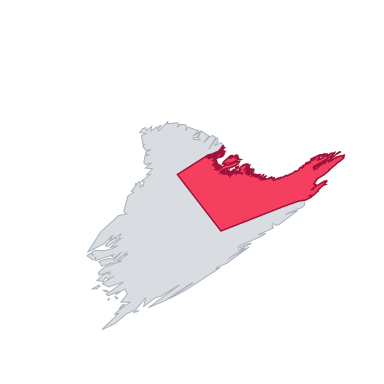 Qaasuitsup Kommunia on a map of Greenland (Natural Earth projection), rotated 148°
{"feature_id": "GRL-2743", "entity_name": "Qaasuitsup Kommunia", "entity_type": "state/province", "adm_level": 1, "iso_a3": "GRL", "parent_name": "Greenland", "parent_adm1": "", "projection": "natural_earth1", "projection_center": [-56.716, 74.362], "detail": "fine", "context": "in_parent", "style": "filled", "palette": "rose", "viewbox_px": 384, "rotation_deg": 148, "n_neighbors": 0, "source": "natural_earth", "source_scale": "10m", "svg_char_len": 9724}
<svg xmlns="http://www.w3.org/2000/svg" viewBox="0 0 384 384"><g transform="rotate(148 192 192)"><path d="M248.5,112.1L268.5,113.6L240.0,114.5L240.0,115.0L271.9,114.1L290.2,117.0L251.8,119.9L274.4,120.2L279.2,121.8L293.7,120.5L286.9,127.0L301.6,122.1L312.6,123.5L326.8,121.2L341.3,123.0L318.2,128.1L322.5,129.0L320.3,130.0L303.0,131.4L310.7,136.4L301.2,139.6L300.2,145.5L311.5,145.4L305.7,146.0L317.7,148.3L319.0,150.5L297.8,152.0L312.9,155.6L316.6,161.8L302.7,162.2L309.3,162.5L310.8,165.4L314.6,163.1L319.6,167.3L310.4,168.9L305.8,168.0L306.4,166.4L305.1,165.8L303.8,167.7L314.9,170.7L314.2,173.2L305.5,174.6L287.9,170.6L292.3,172.7L279.3,173.4L283.5,174.7L278.3,175.4L295.9,173.6L307.8,176.9L307.9,182.4L297.8,179.8L293.9,176.1L283.7,178.3L293.2,177.1L294.4,179.8L291.9,180.5L310.4,185.0L308.2,187.5L311.9,186.8L314.9,193.5L310.3,193.9L309.4,191.1L308.7,194.1L305.2,194.0L297.3,188.6L289.6,186.2L283.1,185.8L291.3,188.3L277.0,190.2L279.5,191.3L274.1,194.0L288.1,194.4L282.6,197.0L284.0,197.2L293.5,194.7L311.9,196.4L290.8,206.5L266.9,210.9L259.0,208.2L260.4,211.4L248.4,222.6L241.5,222.6L243.1,224.8L231.7,228.8L230.2,227.9L233.7,223.6L228.7,223.0L231.1,223.9L227.0,225.7L229.0,227.9L218.0,229.0L221.5,230.6L213.2,232.8L218.8,236.9L210.9,238.3L216.6,239.5L217.3,242.5L212.9,247.4L208.3,246.3L211.6,248.1L210.2,249.9L204.2,250.0L208.9,251.1L209.6,256.5L206.9,257.5L208.5,257.8L205.0,266.5L199.8,266.0L204.8,270.1L200.3,271.9L197.2,271.1L198.2,268.4L191.4,269.0L194.8,265.5L187.2,265.8L188.0,261.3L174.6,264.7L176.9,263.0L167.8,258.5L167.2,256.2L170.3,254.8L165.7,255.4L161.5,251.8L164.4,247.6L161.0,249.2L154.0,240.4L161.3,238.9L153.1,239.0L158.8,235.5L162.7,237.2L162.0,235.3L157.1,231.6L158.5,234.6L151.8,238.9L148.1,230.7L156.2,227.4L148.0,229.7L144.3,228.8L143.1,225.4L155.1,219.4L141.9,224.7L142.9,221.1L148.6,219.4L141.3,218.6L140.6,215.5L147.7,213.1L158.3,214.7L148.7,212.5L141.0,214.6L144.1,209.9L152.7,211.0L155.0,208.6L142.8,209.2L144.7,207.0L155.2,207.1L156.9,205.7L154.5,206.1L155.3,203.3L159.6,203.0L155.3,202.7L159.2,197.0L148.7,196.7L136.2,192.3L157.1,194.4L151.0,190.1L155.1,190.1L143.7,188.0L150.8,185.4L142.0,186.1L143.5,184.6L140.7,180.7L139.2,181.0L141.8,184.0L139.2,187.0L130.4,186.3L134.4,180.8L130.5,182.0L132.0,180.8L130.3,180.1L134.9,177.3L129.9,176.3L131.9,174.2L127.6,172.6L129.0,171.2L127.0,168.8L121.7,168.8L126.8,166.1L114.9,160.6L116.5,159.6L115.2,158.4L90.9,154.1L65.0,155.8L59.3,153.8L66.4,152.2L51.3,149.5L76.3,146.7L60.7,147.0L43.9,142.4L50.2,139.8L79.4,136.4L88.0,130.9L73.4,129.9L86.8,125.7L101.7,125.0L103.0,121.5L106.7,120.6L124.9,123.7L112.3,120.3L134.7,118.3L138.8,119.3L139.5,122.1L141.9,120.9L141.9,118.4L158.5,120.6L151.4,117.7L155.9,117.6L181.6,121.4L182.9,117.6L176.8,116.2L196.5,116.2L172.4,115.1L200.6,113.2L211.3,114.9L212.1,114.1L208.0,113.0L248.5,112.1ZM137.1,194.9L150.7,199.9L140.6,202.4L134.2,199.2L137.4,197.6L134.6,196.2L137.1,194.9ZM293.1,190.7L293.7,192.6L289.6,194.0L279.7,193.7L281.3,190.8L293.1,190.7ZM180.7,119.7L171.5,118.3L168.5,117.0L180.1,117.6L180.7,119.7ZM316.1,131.3L311.0,133.1L308.4,132.4L316.1,131.3ZM324.0,160.3L327.9,162.7L320.1,162.5L319.8,160.9L324.0,160.3ZM319.7,156.1L316.3,153.6L315.8,151.9L317.6,152.2L319.7,156.1ZM132.4,177.5L130.5,179.4L127.1,178.3L132.4,177.5ZM305.7,121.0L304.0,121.1L300.5,119.7L301.8,119.5L305.7,121.0ZM157.3,198.2L154.3,200.3L153.6,198.2L157.3,198.2ZM312.7,141.0L312.8,144.0L311.0,141.5L312.7,141.0ZM50.2,147.4L47.1,147.9L44.8,147.5L50.2,147.4ZM141.2,188.1L139.6,189.6L139.3,189.3L141.2,188.1ZM320.3,145.5L318.0,145.7L320.2,144.5L320.3,145.5ZM186.1,263.4L185.2,265.5L182.8,264.6L186.1,263.4ZM151.6,191.2L149.2,191.1L149.0,190.8L150.0,190.3L151.6,191.2ZM236.1,228.2L234.9,229.2L234.6,228.0L236.1,228.2Z" fill="#d9dde1" stroke="#a8b0b8" stroke-width="1"/><path d="M67.1,152.5L66.6,151.8L60.7,152.0L56.4,151.2L59.4,149.9L54.3,151.3L52.0,150.6L53.6,150.3L50.1,149.8L51.2,149.1L53.7,149.0L52.7,148.7L58.6,148.4L75.6,149.2L75.2,149.0L76.6,148.7L61.8,148.2L70.3,147.5L76.4,148.3L74.2,147.3L77.4,146.8L74.1,145.6L74.4,145.4L69.6,146.6L65.8,146.8L64.0,145.7L63.6,145.8L64.5,146.7L61.4,147.1L56.1,146.3L60.1,145.6L60.2,145.1L54.2,145.6L57.9,144.7L51.1,145.1L50.5,144.9L51.7,144.5L46.6,144.0L46.4,143.3L42.7,142.7L45.8,141.8L43.9,141.7L45.2,141.1L44.9,140.9L45.4,140.4L50.7,139.7L54.4,139.9L54.7,139.3L62.8,138.2L64.6,138.5L62.7,137.9L71.1,136.6L77.9,136.9L79.6,136.6L79.0,136.6L84.5,134.3L83.7,133.5L84.1,132.8L83.2,132.4L84.2,131.7L83.7,131.4L90.0,130.6L88.1,130.5L87.9,130.0L86.6,130.9L84.3,131.1L74.0,131.1L73.9,130.6L71.8,130.3L72.0,129.6L75.5,128.8L75.7,128.3L81.7,127.6L80.9,127.4L84.0,126.9L84.3,126.3L85.8,126.0L85.5,125.8L91.0,124.9L95.1,127.1L92.4,124.8L94.3,124.4L99.7,125.0L107.1,128.0L122.3,131.3L188.1,143.6L195.1,214.6L158.7,214.9L156.9,214.2L158.4,213.9L160.1,213.2L162.1,213.5L160.1,213.2L156.1,214.0L156.7,213.8L154.4,213.4L156.1,213.3L160.2,212.5L157.3,212.0L156.7,212.4L158.1,212.4L155.2,213.0L154.1,212.2L156.2,212.2L155.9,211.5L152.9,211.8L154.3,212.6L153.5,213.3L148.7,212.6L152.7,211.5L145.0,213.1L141.3,214.9L140.9,214.2L142.0,213.4L141.2,212.7L143.5,212.7L142.3,212.2L142.9,212.1L143.3,212.5L144.0,212.5L143.4,212.4L144.7,212.2L143.3,212.0L145.6,211.5L143.5,211.2L149.4,211.9L150.2,211.5L146.4,211.4L144.1,210.4L144.3,210.1L142.4,210.3L143.3,210.0L144.3,209.9L148.0,210.9L146.1,210.1L150.9,211.0L154.8,210.8L158.5,212.0L160.8,211.7L153.6,209.9L156.3,210.0L153.9,209.5L155.1,209.2L155.0,208.4L157.2,207.8L156.8,207.7L152.4,208.4L154.7,209.2L148.0,210.0L147.6,209.3L145.3,209.5L147.2,208.8L143.1,209.4L142.8,209.0L144.4,209.1L148.3,207.7L147.0,207.6L155.1,207.3L155.7,207.2L155.5,206.3L156.7,206.9L156.9,206.5L155.9,206.1L157.7,205.4L154.2,206.0L156.0,204.7L154.8,205.0L155.3,203.3L157.1,203.4L155.8,204.0L157.8,203.7L159.2,204.9L158.6,204.2L159.6,203.8L160.1,204.5L160.0,203.7L157.4,203.3L160.4,202.9L158.6,202.7L159.2,201.8L157.9,202.7L155.1,202.7L156.4,202.2L155.8,201.9L156.6,201.8L156.4,200.9L160.0,200.5L156.3,200.6L156.8,199.6L158.8,199.9L156.7,199.1L160.0,198.8L157.7,197.7L159.6,196.9L154.1,197.4L156.2,197.0L154.3,196.6L153.1,197.4L148.3,196.8L146.7,195.6L139.0,194.3L135.7,192.6L138.2,191.3L145.6,191.9L152.4,194.1L157.9,194.6L157.1,194.3L157.9,193.4L155.4,194.2L153.5,193.1L154.3,192.7L156.0,193.6L156.8,193.3L155.5,192.7L157.2,192.6L154.8,192.5L154.8,191.8L152.9,192.0L153.9,191.5L156.3,192.1L157.3,192.0L155.7,191.4L156.1,191.0L150.0,190.0L154.1,190.4L155.7,190.0L152.6,189.7L154.0,189.1L148.5,189.3L152.3,188.3L151.6,187.6L146.8,188.9L148.4,188.3L148.3,187.6L153.1,186.7L147.4,187.6L144.4,187.2L150.8,186.0L151.4,185.1L148.8,185.9L142.9,185.2L144.8,184.4L144.7,183.8L145.9,183.2L142.3,184.8L142.1,182.9L140.5,182.4L139.6,181.0L141.2,180.8L139.5,180.8L139.1,181.0L139.8,182.1L142.1,184.3L139.4,185.0L140.2,185.7L138.4,185.2L139.8,186.4L139.4,187.0L135.6,187.7L132.3,186.7L133.0,187.5L130.9,187.0L130.0,185.8L130.5,185.7L128.8,185.4L132.2,184.8L131.8,184.0L134.4,183.8L135.9,183.0L136.8,181.7L135.5,183.1L132.1,183.7L130.3,183.3L134.2,181.5L133.8,180.8L135.2,180.7L130.1,180.1L131.1,179.6L137.3,179.9L133.5,179.7L135.4,179.0L134.1,178.6L136.0,177.9L133.9,177.9L135.6,177.5L134.3,176.6L134.6,176.4L129.8,175.9L131.7,175.1L131.2,175.1L132.7,175.1L131.0,174.6L133.0,173.9L127.8,172.0L129.0,171.8L127.9,171.7L128.4,171.2L129.6,171.6L130.2,171.5L128.4,170.6L130.0,170.5L127.5,169.5L128.3,169.4L126.0,169.2L127.1,168.8L126.5,168.8L127.5,167.8L121.3,168.9L126.6,167.6L124.4,167.3L127.5,167.0L124.0,166.6L127.4,166.3L125.0,165.6L125.7,165.3L122.1,164.7L124.0,164.2L122.6,163.5L117.0,162.6L118.2,161.9L115.5,160.9L116.5,160.3L114.2,160.7L116.7,160.0L116.8,159.4L115.6,159.2L116.2,158.7L114.8,158.5L115.7,158.2L112.5,158.3L111.2,157.9L112.0,157.4L111.3,157.2L108.7,157.7L109.7,156.9L105.0,156.0L103.8,156.4L102.9,155.3L96.1,154.5L93.4,155.1L93.1,154.4L90.5,154.0L87.0,155.5L86.2,155.0L86.4,154.3L85.0,154.1L85.3,154.7L83.7,154.8L84.1,155.5L80.3,155.3L80.2,156.2L77.5,155.7L79.3,154.8L78.3,154.6L75.9,154.6L74.8,155.8L72.3,154.7L70.2,155.3L74.3,157.0L64.4,155.9L63.8,155.6L64.3,155.3L58.5,153.9L61.4,153.2L64.0,154.4L65.8,154.4L66.0,153.0L68.7,153.0L68.8,152.5L67.1,152.5ZM149.4,200.8L140.1,202.3L137.8,201.4L142.5,201.1L141.5,200.8L142.8,200.1L140.3,201.0L140.7,200.6L139.2,200.7L139.6,199.9L135.2,200.0L133.8,199.2L137.1,199.4L134.1,198.1L135.0,197.4L138.0,197.7L134.6,196.5L135.0,195.4L137.3,194.9L143.1,195.7L146.1,197.7L150.1,198.5L150.6,199.0L150.0,199.4L151.0,199.7L149.4,200.8ZM154.3,197.8L156.6,197.9L157.4,198.3L155.8,199.0L155.9,200.3L154.7,200.6L153.5,199.2L155.5,197.9L153.6,198.2L154.3,197.8ZM148.0,188.1L144.6,189.1L143.4,187.9L148.0,188.1ZM141.7,189.9L139.1,189.1L141.1,187.9L142.3,189.2L141.7,189.9ZM44.4,147.3L50.6,147.6L46.6,147.9L44.4,147.3ZM131.6,179.2L129.0,179.0L130.3,178.0L133.7,177.7L131.6,179.2ZM52.9,146.9L57.1,147.4L50.9,147.1L52.9,146.9ZM133.5,180.6L131.5,182.1L129.9,181.9L131.2,181.4L130.2,181.2L133.5,180.6ZM143.7,186.4L141.7,185.6L145.6,185.6L143.7,186.4ZM128.4,170.8L126.5,171.1L124.1,170.4L128.4,170.8ZM149.7,206.3L148.1,206.6L144.2,207.3L146.8,206.2L149.7,206.3ZM149.5,190.3L152.2,191.0L149.0,190.9L149.5,190.3ZM125.4,166.3L121.9,166.5L120.0,166.3L124.4,165.9L125.4,166.3ZM129.8,176.4L130.7,176.0L133.1,176.7L129.8,176.4ZM130.1,177.9L127.9,178.7L127.0,178.4L130.1,177.9ZM59.1,152.4L58.4,152.9L56.6,152.7L59.1,152.4ZM129.3,184.1L130.6,183.7L131.4,184.0L130.6,184.5L129.3,184.1ZM143.7,208.2L144.9,207.8L145.7,208.3L144.4,208.8L143.7,208.2ZM127.6,172.6L128.5,172.5L131.0,173.5L129.5,173.7L129.9,173.1L127.6,172.6ZM135.6,194.5L134.1,194.5L133.5,193.7L135.6,194.5ZM148.1,207.1L151.4,206.9L149.8,207.3L148.1,207.1ZM76.6,127.9L75.0,127.9L74.7,127.6L76.6,127.9ZM150.8,191.9L152.6,192.4L150.6,192.1L150.8,191.9Z" fill="#f43f5e" stroke="#9f1239" stroke-width="1.5"/></g></svg>